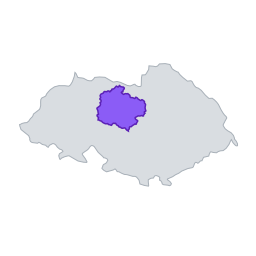 Vysočina highlighted on a map of Czechia, rotated 175°
{"feature_id": "CZE-1594", "entity_name": "Vysočina", "entity_type": "Region", "adm_level": 1, "iso_a3": "CZE", "parent_name": "Czechia", "parent_adm1": "", "projection": "albers", "projection_center": [15.646, 49.41], "detail": "fine", "context": "in_parent", "style": "filled", "palette": "violet", "viewbox_px": 256, "rotation_deg": 175, "n_neighbors": 0, "source": "natural_earth", "source_scale": "10m", "svg_char_len": 6772}
<svg xmlns="http://www.w3.org/2000/svg" viewBox="0 0 256 256"><g transform="rotate(175 128 128)"><path d="M235.7,140.9L234.9,141.0L233.1,141.8L230.7,142.2L228.2,142.2L226.2,143.6L224.4,145.8L222.5,147.4L221.5,148.7L221.0,150.1L214.5,154.3L213.7,155.9L213.0,158.2L212.8,161.2L212.4,163.9L211.3,165.4L207.8,166.7L206.9,167.4L206.3,168.8L204.3,170.9L202.0,173.0L197.7,175.4L193.1,176.2L187.0,175.6L183.4,174.8L181.7,175.8L179.4,178.9L177.0,184.1L176.0,188.0L175.1,186.9L173.6,182.8L172.0,182.3L169.7,181.9L168.0,181.4L164.3,179.0L162.4,178.4L160.3,178.2L158.2,179.6L156.7,181.3L151.8,181.3L146.5,180.5L138.9,175.1L137.0,175.1L134.9,175.3L131.5,174.1L125.1,170.5L122.2,169.7L120.3,170.2L118.5,170.9L117.3,171.0L116.6,169.9L114.2,168.4L111.8,168.3L111.1,169.1L110.2,176.9L109.4,179.6L106.1,179.5L104.9,180.8L102.3,184.5L101.7,188.1L97.2,187.3L95.1,186.7L93.2,187.1L91.1,189.1L85.3,188.9L80.7,187.6L78.8,183.1L76.7,181.3L74.1,179.6L73.2,179.3L71.8,176.8L69.1,173.7L64.7,169.5L61.2,169.6L59.9,168.4L59.4,166.9L58.1,164.2L56.5,162.4L54.5,161.6L51.8,159.2L48.1,154.0L44.8,150.4L41.5,150.3L39.4,148.4L37.4,146.0L35.9,143.6L33.6,137.8L32.0,134.6L30.7,132.5L29.2,130.8L28.7,129.4L30.7,126.5L31.5,125.1L32.3,124.0L32.9,122.8L32.9,121.9L31.3,118.8L29.0,116.6L25.7,114.3L23.6,111.4L22.9,108.9L22.8,107.5L21.4,105.6L20.3,102.8L20.4,101.1L20.7,100.7L21.8,100.8L23.0,101.9L24.7,104.2L26.0,107.4L27.0,106.2L28.8,102.9L31.9,99.3L35.1,97.2L37.8,97.2L40.1,96.7L42.0,95.6L45.2,96.2L47.6,97.1L48.3,96.6L49.4,94.7L50.0,93.0L55.3,92.2L57.2,88.9L58.2,89.0L59.3,88.5L60.5,87.3L61.5,86.8L62.4,87.5L63.4,87.9L64.6,87.2L66.4,83.5L67.4,82.9L71.9,82.4L78.2,80.4L81.4,78.5L84.5,77.4L87.8,75.6L93.1,73.8L93.3,73.1L91.0,71.1L90.2,69.9L89.6,68.7L90.5,67.3L91.7,66.9L93.1,67.5L97.5,68.4L98.7,69.2L99.1,71.1L100.2,73.0L101.1,73.2L100.7,76.1L102.1,77.3L104.1,78.2L105.5,78.0L106.5,76.8L106.9,76.0L109.6,75.9L112.3,74.7L112.5,72.7L112.4,68.9L112.7,68.3L116.8,69.4L121.0,71.2L121.5,74.9L122.6,76.8L123.9,78.5L125.2,79.2L127.4,79.4L133.0,81.6L135.7,82.1L138.5,83.6L140.9,85.2L142.6,85.5L143.4,87.2L144.5,88.4L146.3,87.5L153.1,86.2L155.6,87.8L157.2,89.6L157.5,90.2L156.6,91.8L156.2,93.0L155.5,93.8L153.2,94.7L151.9,96.1L150.9,97.7L151.6,99.1L153.5,100.2L154.9,100.5L155.4,101.5L159.8,106.3L163.3,112.5L164.7,113.5L166.0,113.7L167.4,112.8L169.1,110.7L171.1,109.2L172.8,108.4L175.7,106.6L175.8,105.5L173.3,101.3L171.8,97.9L172.1,97.3L175.3,97.8L180.7,99.5L189.2,105.5L190.7,105.4L193.6,104.9L196.8,103.8L198.3,102.6L198.8,103.1L199.4,106.4L198.6,108.3L194.9,110.2L195.1,111.1L196.1,112.2L197.9,112.9L200.0,115.0L201.5,117.5L202.8,118.6L204.2,119.1L207.6,117.7L208.6,116.6L209.0,115.8L209.7,116.0L211.0,117.2L211.3,117.9L214.8,119.1L216.8,120.8L218.1,121.5L219.4,120.7L224.8,121.9L226.3,123.0L226.9,124.8L226.7,126.0L227.6,129.0L234.7,135.8L235.6,139.4L235.7,140.9Z" fill="#d9dde1" stroke="#a8b0b8" stroke-width="1"/><path d="M157.1,138.6L157.0,139.2L156.9,139.8L156.5,140.8L156.5,141.0L157.4,142.1L157.6,142.4L157.6,142.6L157.7,142.9L157.7,143.3L157.6,143.5L157.5,143.8L157.4,143.9L156.4,144.1L156.2,144.4L156.2,144.6L156.4,145.3L156.5,147.5L156.5,147.9L157.2,149.8L157.2,150.1L157.2,150.4L157.0,150.7L154.2,152.4L153.8,152.9L153.5,153.4L153.4,153.7L153.3,154.1L153.3,154.4L153.3,154.6L153.4,154.8L153.6,155.2L153.7,155.4L153.7,155.6L153.6,155.8L152.9,156.1L152.7,156.3L152.6,156.5L152.5,157.1L152.4,157.7L152.5,158.0L152.7,158.4L153.1,158.6L153.2,158.8L153.4,158.9L153.4,159.2L153.4,159.4L153.4,159.7L153.2,159.9L152.8,160.5L152.6,160.7L152.6,161.0L152.6,161.4L152.9,162.1L153.0,162.3L153.0,162.5L152.9,162.8L152.7,163.2L152.0,164.1L149.7,164.9L149.6,165.0L148.9,166.0L148.6,166.2L148.3,166.4L146.0,166.0L145.9,166.0L145.3,166.5L145.1,166.6L144.1,166.6L143.8,166.5L143.6,166.4L143.4,166.2L143.3,165.9L143.1,165.6L142.9,165.6L142.7,165.7L141.8,166.8L141.7,166.8L141.4,166.7L141.2,166.8L141.1,167.0L140.9,167.2L140.8,167.9L140.6,168.1L140.4,168.2L139.3,168.1L138.4,168.5L136.0,170.7L135.8,170.7L135.6,170.6L134.6,169.8L134.4,169.7L134.2,169.7L134.0,169.8L133.6,170.1L133.4,170.3L133.3,170.6L133.0,170.9L132.9,171.1L132.7,171.1L131.9,170.0L131.6,169.8L131.4,169.7L131.2,169.7L130.8,169.9L130.7,170.1L130.7,169.9L130.6,169.7L130.4,169.5L130.3,169.4L129.9,169.3L129.4,169.3L129.1,169.2L128.9,169.1L128.8,168.9L128.7,168.5L128.6,168.4L128.4,168.4L128.2,168.2L128.3,167.6L128.4,167.4L128.5,167.2L129.6,166.0L129.7,165.7L129.8,165.4L129.8,165.1L129.9,164.8L129.9,164.6L130.0,164.6L130.9,164.5L131.1,164.4L131.3,164.3L131.4,164.2L131.5,164.1L131.5,163.8L131.3,163.5L129.7,162.0L129.6,161.9L129.3,161.9L128.1,162.4L127.6,162.5L126.1,162.2L125.9,162.2L125.4,162.3L125.2,162.3L125.1,162.2L123.6,160.7L123.4,160.5L123.3,160.2L123.2,159.7L123.2,158.9L123.1,158.5L122.9,158.2L122.6,158.1L121.0,157.9L120.7,157.8L120.5,157.7L118.8,156.8L118.6,156.8L118.4,156.9L118.3,157.0L117.7,157.9L117.4,158.0L116.1,157.1L115.3,155.9L114.4,155.3L113.6,154.6L113.1,154.3L112.8,154.3L112.6,154.4L112.0,154.9L111.7,155.0L111.4,154.9L110.8,154.5L109.6,153.4L109.4,153.1L109.3,152.9L109.3,152.6L109.4,151.6L109.4,151.4L109.3,151.2L109.2,151.1L108.7,150.5L108.6,150.3L108.5,150.0L108.5,149.6L109.2,147.0L109.2,146.0L109.1,145.2L108.7,143.5L108.8,143.3L109.0,143.2L110.1,142.9L110.3,142.7L110.4,142.2L110.2,141.8L109.8,141.3L110.0,141.2L110.4,140.8L110.6,140.6L110.7,140.4L110.7,140.2L110.8,140.0L110.9,139.9L111.5,139.6L111.6,139.4L111.6,139.1L111.6,138.9L111.6,138.7L111.9,138.6L112.1,138.6L113.4,139.2L113.8,139.2L114.2,139.1L115.0,138.9L115.9,139.0L116.4,139.2L117.3,139.0L119.9,137.8L120.0,137.2L119.9,136.7L119.7,136.3L119.5,136.0L119.4,135.8L117.9,134.7L117.7,134.3L117.8,133.9L118.0,133.6L118.7,132.8L119.0,132.4L119.1,132.2L119.2,131.8L119.2,131.6L119.3,131.4L119.5,131.3L119.6,131.1L119.9,131.0L120.0,131.1L120.4,131.3L120.6,131.4L120.8,131.4L122.2,130.6L123.3,130.1L124.5,129.1L124.8,129.0L125.5,129.1L125.9,129.1L126.2,128.9L126.4,128.8L126.5,128.6L126.6,128.4L126.7,127.6L126.7,127.4L126.8,127.2L126.9,126.9L127.1,126.7L127.3,126.5L127.4,126.4L127.7,126.3L127.9,126.1L127.9,125.9L127.9,125.4L127.9,124.9L129.3,125.9L129.9,126.6L130.7,128.0L131.1,128.3L131.3,128.4L133.7,128.2L134.3,128.4L135.7,129.5L136.6,129.7L137.0,130.0L137.3,130.4L137.4,130.9L137.5,131.1L138.4,131.6L139.0,132.0L139.4,132.6L139.9,133.7L140.7,133.9L140.9,133.8L141.2,133.7L141.7,133.9L142.0,134.0L142.3,134.0L142.6,133.8L143.1,133.3L143.3,133.2L143.6,133.0L143.8,132.9L143.9,132.7L144.0,132.3L144.1,132.2L144.3,132.1L144.7,132.2L145.1,132.5L145.6,132.7L146.0,132.9L146.8,133.0L147.1,133.2L147.4,133.4L147.5,133.7L147.6,133.9L147.8,134.1L148.2,134.2L148.8,134.1L149.7,134.1L150.3,134.3L151.3,134.8L152.5,135.6L152.9,135.9L153.2,136.3L153.4,136.6L153.6,137.0L154.0,137.2L155.1,137.6L156.4,138.5L157.1,138.6Z" fill="#8b5cf6" stroke="#5b21b6" stroke-width="1.5"/></g></svg>